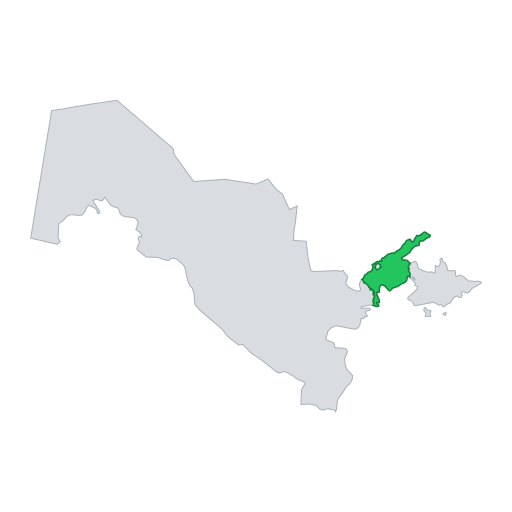 where Tashkent sits in Uzbekistan
{"feature_id": "UZB-372", "entity_name": "Tashkent", "entity_type": "Region", "adm_level": 1, "iso_a3": "UZB", "parent_name": "Uzbekistan", "parent_adm1": "", "projection": "orthographic", "projection_center": [69.658, 41.236], "detail": "fine", "context": "in_parent", "style": "filled", "palette": "green", "viewbox_px": 512, "rotation_deg": 0, "n_neighbors": 0, "source": "natural_earth", "source_scale": "10m", "svg_char_len": 8310}
<svg xmlns="http://www.w3.org/2000/svg" viewBox="0 0 512 512"><path d="M416.3,236.5L424.6,232.3L429.2,235.0L429.7,236.5L424.6,239.6L420.0,241.3L418.7,245.1L414.2,246.8L409.6,252.2L402.5,257.6L402.4,258.7L403.0,259.6L405.4,260.2L410.2,263.2L414.8,261.4L415.9,261.8L417.1,263.5L418.4,268.4L420.5,269.7L427.2,272.1L432.2,272.0L434.7,273.0L435.1,272.5L435.3,265.3L437.4,266.5L439.6,265.5L440.4,261.9L439.9,259.5L441.5,258.1L442.4,259.0L442.6,261.2L445.0,262.6L446.8,266.1L447.5,270.2L452.1,271.1L453.7,270.3L455.1,270.7L455.8,275.9L456.5,276.3L460.5,275.1L464.3,277.2L468.5,281.0L473.1,281.1L474.1,281.8L477.3,281.0L481.1,282.0L481.3,282.6L480.7,283.5L471.8,288.6L469.4,292.0L467.5,293.1L462.0,291.5L461.2,293.5L462.2,295.5L461.0,297.7L458.2,297.0L457.6,296.0L454.9,296.6L451.8,300.1L450.4,303.0L447.4,304.0L443.4,307.0L441.7,304.7L438.7,305.1L434.8,302.8L432.9,302.4L415.4,305.7L414.1,305.3L412.2,301.4L407.8,299.4L408.0,297.4L416.8,289.3L417.8,286.8L414.8,285.4L415.3,283.3L409.5,276.9L408.5,276.5L407.7,276.7L405.6,281.5L390.2,289.8L387.9,289.1L384.5,286.0L382.2,284.9L379.4,287.5L379.5,290.6L376.6,293.0L379.2,301.4L379.0,302.5L376.9,302.8L378.4,306.0L377.2,306.3L369.7,305.0L361.1,306.9L361.3,308.3L369.0,308.1L370.1,308.7L370.3,309.7L369.8,310.4L365.7,311.1L365.3,312.4L367.4,316.1L366.4,316.9L365.0,316.2L363.8,318.6L361.2,318.5L359.7,325.6L357.5,328.1L354.6,329.3L336.2,325.7L331.4,327.8L328.1,331.0L325.8,338.8L326.0,339.7L333.9,342.9L335.0,347.7L344.6,348.3L346.2,349.1L347.0,350.3L347.4,351.6L344.5,359.3L345.5,366.2L347.0,369.4L352.6,375.6L352.3,378.9L350.9,381.8L349.3,384.3L347.5,385.4L345.1,388.6L342.9,392.6L338.7,397.8L337.3,400.7L336.6,409.2L335.5,411.7L335.3,410.8L333.9,409.8L329.6,409.4L328.8,408.3L323.2,410.1L319.8,409.1L316.3,405.5L309.6,404.0L301.1,404.5L301.1,395.7L301.7,389.2L304.7,384.2L304.7,383.2L303.3,381.4L298.2,379.8L292.4,375.5L286.9,372.5L283.8,371.5L280.2,372.8L277.0,372.3L262.8,361.0L250.7,352.7L242.7,344.4L238.6,345.0L228.2,337.0L221.8,328.9L200.0,310.3L195.8,305.8L194.9,303.6L193.9,293.1L192.3,288.2L189.6,285.4L187.6,280.2L184.9,267.7L183.7,265.3L177.4,259.6L173.7,258.0L170.7,258.5L169.0,260.4L166.7,260.4L157.1,257.3L146.3,257.1L137.4,249.9L136.9,248.8L137.2,247.1L139.4,243.2L139.2,241.4L138.2,239.3L138.4,237.2L139.4,236.2L141.1,236.7L141.8,236.1L141.7,235.0L139.8,232.2L135.8,229.4L136.8,227.9L137.5,224.0L138.3,222.0L137.9,221.2L135.0,217.9L124.5,216.5L122.2,215.4L120.3,214.0L118.9,209.4L118.0,208.2L111.0,205.6L104.7,197.1L102.8,200.3L101.3,200.8L95.9,199.1L92.9,200.9L98.6,209.5L99.8,212.0L99.6,213.4L97.6,213.4L96.3,209.5L95.3,208.3L89.1,205.3L86.7,207.4L85.7,210.3L82.2,215.0L78.8,215.4L71.0,214.6L68.5,215.4L66.8,216.5L63.2,220.5L58.8,223.5L58.1,237.8L60.2,241.7L57.2,244.3L30.7,238.1L51.6,110.7L89.8,104.3L116.9,100.3L172.1,147.7L173.4,149.4L173.8,153.0L175.1,155.9L193.6,181.5L224.8,179.3L255.9,184.1L268.0,179.0L276.7,189.9L282.3,194.0L289.4,209.6L297.2,205.9L295.2,224.0L294.0,229.5L293.4,240.4L306.2,241.3L308.2,259.0L310.7,270.2L313.4,271.5L337.8,270.6L339.7,271.5L343.1,270.4L345.3,274.0L347.7,276.4L345.8,284.1L348.8,287.2L355.5,290.9L359.7,290.9L360.5,289.6L360.3,287.8L359.4,285.9L359.5,283.6L360.1,282.0L364.3,276.2L371.0,270.5L372.5,268.4L373.1,264.8L375.4,262.8L381.1,260.5L381.9,258.7L388.9,254.1L396.6,251.2L400.2,248.9L403.6,244.5L408.5,239.8L410.4,239.7L411.8,241.1L412.9,241.2L416.3,236.5ZM415.1,279.9L414.2,277.6L413.0,276.8L412.4,277.1L414.3,279.9L415.1,279.9ZM430.5,316.4L425.2,316.4L426.1,312.9L424.2,311.3L423.8,309.6L424.2,308.0L425.4,307.4L427.0,309.8L431.0,310.9L429.7,313.3L430.7,315.9L430.5,316.4ZM446.2,312.4L445.2,315.5L442.9,314.2L443.2,313.4L446.2,312.4Z" fill="#d9dde1" stroke="#a8b0b8" stroke-width="1"/><path d="M430.2,235.2L430.3,235.3L429.9,236.6L429.0,237.3L426.8,238.0L423.2,240.8L422.1,241.1L420.8,241.0L419.7,241.3L419.3,242.6L419.3,244.6L419.0,245.2L418.1,245.6L415.5,245.9L414.7,246.4L412.1,248.7L411.0,250.0L410.2,251.7L409.6,252.6L408.8,253.2L408.0,253.6L406.4,254.9L402.2,257.4L401.6,258.3L402.1,259.4L403.1,260.0L406.8,260.3L407.8,260.9L408.2,261.3L408.6,261.8L409.3,263.1L409.7,263.4L410.2,263.4L409.9,264.3L409.6,264.7L408.4,266.5L408.2,266.9L408.3,267.3L408.3,267.9L408.4,268.1L408.5,268.2L409.2,268.3L409.3,268.6L409.2,269.0L409.1,269.3L408.6,270.3L408.6,270.6L408.6,270.8L408.7,271.0L408.8,271.3L409.4,272.0L409.9,272.9L410.1,273.7L410.1,276.3L409.9,277.1L409.6,276.8L408.4,276.3L407.4,276.6L406.7,280.3L405.3,282.0L403.3,283.2L400.6,284.3L398.1,286.3L393.2,287.8L392.6,288.1L392.1,288.6L390.9,290.0L390.3,290.6L389.6,290.8L388.8,290.5L388.4,290.2L388.2,289.8L387.7,289.0L387.4,288.6L386.7,288.2L386.4,287.9L385.4,286.3L384.7,285.7L383.9,285.6L383.5,285.4L383.2,285.0L382.8,284.7L382.3,284.7L381.4,284.9L381.0,285.2L380.6,285.5L380.0,286.4L379.5,287.3L379.4,288.3L379.3,289.6L379.5,291.5L379.4,292.0L379.0,292.2L377.4,292.3L376.4,293.0L376.4,293.7L377.5,295.6L378.0,297.5L378.3,298.2L379.0,299.4L379.3,300.1L379.5,300.9L379.2,302.6L378.4,302.7L377.4,302.3L376.6,302.4L376.8,303.5L378.7,305.2L378.7,306.1L377.7,306.5L376.3,306.5L373.9,305.7L373.0,305.3L373.2,304.8L373.6,303.4L373.5,302.9L373.3,302.6L373.0,301.6L373.5,298.4L373.6,298.2L373.8,297.8L373.9,297.5L374.3,297.1L374.4,296.7L374.4,296.4L374.3,296.1L374.2,295.8L374.1,295.6L373.8,295.3L373.7,295.1L374.2,294.8L374.0,294.6L373.7,294.5L373.4,294.5L373.1,294.5L373.5,293.3L373.7,292.8L374.4,292.5L374.4,292.2L374.2,292.0L374.0,291.9L373.7,292.0L373.4,292.3L373.2,292.5L373.0,292.3L373.0,292.1L373.4,291.7L373.5,291.4L373.4,291.0L372.9,290.6L372.6,289.7L372.1,289.7L371.0,289.9L371.4,289.2L371.5,288.8L371.3,288.7L370.8,288.8L370.5,289.1L370.1,289.2L369.7,288.9L370.0,288.5L370.0,288.0L369.7,287.6L369.3,287.2L369.1,287.2L368.8,287.2L368.6,287.0L368.6,286.9L368.6,286.4L368.3,285.7L368.2,285.5L367.9,285.3L367.2,284.9L366.8,284.5L366.5,283.9L366.3,283.6L365.9,283.3L365.3,283.0L364.7,282.9L364.3,283.1L364.2,282.5L364.1,282.3L363.8,282.4L363.6,282.3L363.6,282.1L363.5,281.2L363.5,280.9L363.3,280.6L361.9,279.3L362.2,279.2L363.0,278.9L363.3,278.5L363.5,278.2L364.0,276.8L364.5,275.4L364.9,275.0L365.3,274.6L366.2,274.2L367.1,273.8L367.4,273.2L367.8,272.7L367.9,272.4L368.1,272.2L368.4,272.1L368.7,272.0L369.2,272.0L369.8,271.9L370.3,271.7L370.8,271.4L371.2,271.1L371.7,270.8L371.9,270.6L372.1,270.4L372.2,270.2L372.3,270.0L372.6,268.3L372.8,266.6L372.8,266.3L372.8,266.1L372.7,265.8L372.7,265.6L372.5,265.4L372.4,265.3L372.2,265.1L372.2,264.8L372.2,264.7L372.3,264.6L372.5,264.4L373.1,264.1L373.7,263.8L374.0,263.7L374.5,263.7L374.7,263.8L374.9,263.5L375.0,263.1L375.3,262.8L375.6,262.5L376.4,262.0L377.1,261.6L377.3,261.5L377.5,261.5L377.9,261.6L378.3,261.8L378.5,261.7L379.2,261.4L379.7,261.1L379.9,261.0L380.1,261.0L380.9,261.1L381.7,261.2L381.8,261.2L382.0,261.1L382.0,260.9L381.9,260.7L381.7,260.3L381.5,259.9L381.5,259.7L381.4,259.5L381.6,259.1L381.8,258.6L382.1,258.3L382.5,258.1L383.2,257.9L384.0,257.6L385.3,256.6L386.6,255.5L387.0,255.1L387.4,254.6L387.6,254.4L387.8,254.3L389.6,253.8L391.4,253.3L392.8,253.2L394.3,253.2L394.9,252.9L395.4,252.7L395.8,252.2L396.2,251.7L396.4,251.5L396.5,251.2L397.0,250.9L397.7,250.6L398.4,250.3L399.5,249.5L400.6,248.7L400.9,248.3L401.2,247.9L402.1,246.4L403.0,244.8L403.2,244.6L403.4,244.4L403.6,244.3L403.8,244.2L404.1,244.1L404.3,244.0L404.5,243.9L404.9,243.6L405.1,243.4L405.2,243.1L405.2,242.8L405.6,242.0L405.9,241.3L406.4,240.8L407.0,240.3L408.3,239.8L409.5,239.2L409.9,239.3L410.2,239.5L410.4,239.6L410.6,239.9L410.8,240.1L410.9,240.3L411.0,240.5L411.1,240.9L411.2,241.2L411.4,241.4L411.6,241.6L411.9,241.7L412.2,241.8L412.5,241.9L412.8,241.9L413.2,241.7L413.6,241.5L413.9,241.0L414.1,240.5L414.4,239.8L414.6,239.2L414.9,238.6L415.2,238.0L415.6,237.6L415.9,237.1L416.0,236.9L416.2,236.7L416.3,236.3L416.4,236.0L416.6,235.7L416.8,235.5L417.1,235.5L417.4,235.5L418.0,235.6L418.6,235.8L419.1,235.7L419.6,235.6L420.1,235.4L420.6,235.1L421.4,234.4L422.3,233.6L422.9,233.1L424.0,232.2L424.8,232.1L425.7,232.4L429.4,235.0L430.2,235.2ZM377.7,270.0L378.6,269.0L379.9,267.8L380.9,267.3L380.7,267.0L380.9,266.7L380.6,266.2L380.2,266.0L380.6,265.3L380.5,264.7L379.6,264.1L378.8,264.0L378.1,263.6L377.2,263.6L375.8,265.0L375.6,266.1L374.9,267.8L375.0,267.9L375.4,267.6L375.5,268.0L375.7,268.4L376.3,269.2L376.8,268.8L376.6,269.2L376.9,269.8L377.7,270.0Z" fill="#22c55e" stroke="#15803d" stroke-width="1.5"/></svg>